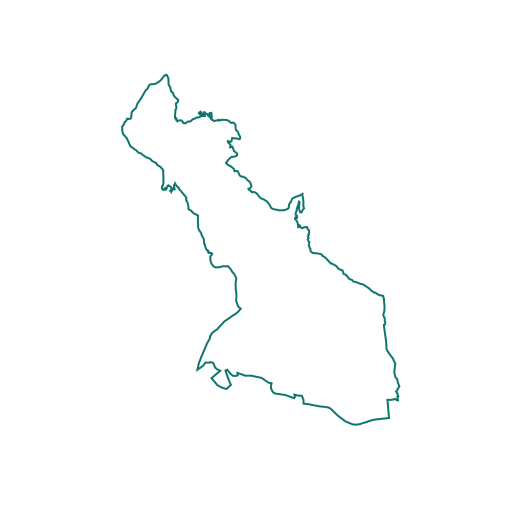 outline of Milcoiu, Vâlcea, Romania, rotated 66°
{"feature_id": "2599482B82610834296964", "entity_name": "Milcoiu", "entity_type": "district", "adm_level": 2, "iso_a3": "ROU", "parent_name": "Romania", "parent_adm1": "Vâlcea", "projection": "natural_earth1", "projection_center": [24.434, 45.034], "detail": "fine", "context": "isolated", "style": "outline", "palette": "teal", "viewbox_px": 512, "rotation_deg": 66, "n_neighbors": 0, "source": "geoboundaries", "source_scale": "gbopen_adm2", "svg_char_len": 6115}
<svg xmlns="http://www.w3.org/2000/svg" viewBox="0 0 512 512"><g transform="rotate(66 256 256)"><path d="M364.5,338.4L365.5,336.9L363.5,331.3L361.4,331.4L354.7,331.1L348.3,330.5L348.1,328.6L353.5,327.1L356.1,325.8L357.4,323.2L357.5,321.2L355.2,320.5L361.0,314.5L363.3,309.2L369.6,300.5L376.5,296.3L377.4,295.4L378.4,293.5L381.1,295.4L383.1,296.1L386.1,296.1L387.5,295.8L389.3,294.6L394.9,285.8L401.4,279.0L400.3,277.5L398.4,277.3L400.7,274.2L402.3,271.0L406.6,271.1L410.2,272.6L412.6,268.6L419.4,258.8L421.6,254.9L423.7,251.7L424.9,250.5L427.8,249.1L434.7,246.4L443.7,241.4L449.1,236.2L450.4,234.1L451.8,230.0L453.3,215.5L458.1,200.4L440.9,194.4L442.2,191.6L443.1,188.5L442.9,187.6L443.1,187.0L444.9,186.1L445.6,185.0L442.0,184.0L442.2,183.2L440.4,182.9L438.4,183.0L438.2,182.7L436.8,183.1L435.9,181.2L434.9,180.6L433.5,178.1L428.6,177.8L425.8,177.0L423.6,177.9L418.7,177.1L410.8,172.5L406.8,172.7L406.0,172.5L398.1,174.3L394.0,174.6L388.3,172.3L371.1,167.3L370.8,165.8L368.6,164.6L367.6,164.8L365.3,163.8L361.7,163.8L358.1,160.9L354.1,159.0L348.6,157.2L347.5,156.6L344.0,156.2L342.1,159.0L339.2,161.3L338.1,161.7L337.4,163.0L335.2,164.4L331.0,166.2L325.5,169.7L324.4,171.4L320.0,175.8L319.3,177.2L316.9,178.1L314.9,180.1L309.7,181.5L308.2,183.2L304.3,182.8L301.6,185.7L297.5,186.9L293.3,190.2L293.3,190.7L285.7,193.3L282.7,195.3L281.1,195.5L279.0,198.2L276.3,203.0L274.4,204.0L272.9,204.1L271.9,203.4L269.9,203.7L268.8,203.3L267.7,203.4L264.9,201.6L264.0,202.0L261.8,202.0L261.1,200.7L260.7,200.5L259.4,200.8L257.8,198.9L257.3,199.1L257.1,198.4L254.1,197.1L252.8,197.7L250.2,197.7L249.4,200.3L249.2,202.9L247.8,203.5L246.2,203.5L245.5,203.9L245.7,204.4L247.0,205.4L246.9,205.7L242.2,204.4L240.0,204.6L238.0,205.3L236.8,204.6L236.7,204.3L237.8,203.3L237.6,202.8L235.7,202.2L234.5,203.0L233.9,202.9L231.7,201.2L231.0,200.2L229.5,199.6L226.8,196.9L223.8,194.6L224.2,194.3L230.4,197.5L233.2,197.8L234.2,197.7L234.6,197.2L234.5,196.4L232.6,194.3L232.1,192.7L229.7,192.5L226.4,190.9L222.7,189.6L220.1,189.1L218.2,188.3L218.5,191.2L218.1,196.0L218.3,199.5L220.5,201.9L222.3,204.7L225.4,206.6L225.7,207.3L225.9,209.5L225.4,212.2L223.6,216.5L221.8,218.7L221.0,220.2L219.2,222.0L218.2,222.6L215.2,222.7L210.7,223.8L207.3,226.0L206.6,227.0L204.1,228.7L199.7,229.7L197.8,230.7L196.1,232.8L196.2,233.8L194.8,234.2L192.3,235.6L191.5,235.6L191.7,233.5L190.2,231.7L187.2,231.4L185.6,231.6L183.6,232.8L180.2,233.8L179.3,234.9L178.2,235.5L178.0,236.3L176.7,237.7L175.4,238.1L171.1,238.2L170.3,239.2L169.9,241.1L167.9,240.8L166.8,241.1L163.5,242.7L161.9,244.2L159.6,245.5L158.6,245.4L158.3,244.4L157.0,242.5L155.7,239.2L155.6,237.8L156.2,236.2L156.6,233.2L156.3,232.5L155.2,231.7L154.7,231.6L151.0,233.4L146.6,233.1L146.3,233.4L146.4,235.1L146.1,235.5L144.7,234.3L143.9,234.1L141.2,235.2L139.7,235.1L139.5,234.7L141.1,233.5L141.4,232.2L141.0,231.6L138.8,230.1L138.5,229.6L139.9,227.8L140.7,225.7L142.4,224.0L142.5,223.2L142.2,222.7L140.3,222.0L137.9,222.3L135.5,222.0L132.4,223.1L127.8,221.4L125.7,221.9L124.7,222.9L124.3,224.6L121.3,226.0L119.6,227.9L117.9,231.2L117.8,232.3L117.3,233.1L117.4,233.7L117.1,234.1L117.3,234.4L116.5,234.8L116.8,235.4L116.3,235.9L115.6,239.6L114.8,239.8L114.0,240.3L113.9,240.7L112.9,240.8L112.3,241.4L110.8,241.3L109.6,242.0L109.6,241.2L110.2,240.2L110.8,239.9L109.4,239.3L108.2,239.3L107.5,238.6L107.0,238.6L106.6,240.4L107.7,241.2L107.4,242.9L106.2,243.0L105.6,244.0L103.9,244.3L103.6,245.1L105.0,245.2L105.5,246.0L103.5,247.6L101.6,248.0L102.0,249.9L102.3,250.2L103.0,249.7L104.0,249.5L104.9,249.6L105.2,250.0L104.9,248.7L105.1,248.1L106.0,247.1L106.8,245.7L107.3,245.8L106.0,248.9L106.1,252.1L105.3,254.0L105.6,256.1L105.3,258.3L106.4,261.0L105.4,264.0L106.2,266.5L104.9,268.4L103.2,268.4L101.8,269.0L101.0,270.5L100.7,272.3L101.0,273.0L99.6,273.5L98.8,272.9L98.3,273.5L97.4,273.0L96.7,273.8L90.0,270.3L88.6,268.6L84.0,267.1L83.5,264.7L81.7,263.6L77.3,265.6L75.7,265.8L73.3,265.5L70.7,266.7L69.8,266.2L68.3,266.2L67.5,265.7L63.8,266.1L58.2,263.8L54.2,263.9L53.9,264.6L54.1,266.9L56.1,270.2L57.3,273.4L57.8,277.9L57.2,280.0L56.3,282.2L56.3,283.3L56.6,284.3L59.0,287.0L59.3,287.5L59.5,289.0L65.5,297.3L68.6,302.4L71.9,305.4L73.5,310.2L74.4,311.3L78.7,313.7L79.3,314.4L79.4,315.8L78.1,317.8L79.8,319.8L80.6,322.0L82.1,323.3L83.4,325.7L88.1,327.5L90.8,327.8L96.1,326.0L98.2,326.3L99.3,325.9L101.5,326.2L105.0,325.9L107.8,324.2L108.8,323.9L110.2,322.7L113.9,321.3L115.7,319.1L117.2,318.6L121.8,315.7L122.5,314.5L125.0,312.8L126.6,312.4L129.3,310.5L130.2,309.4L132.5,309.3L135.7,307.0L139.7,305.9L148.0,309.2L148.6,309.7L151.6,310.7L153.4,312.3L154.2,313.5L155.8,314.3L156.1,314.0L156.8,314.3L157.8,314.0L157.8,313.4L158.1,313.0L157.3,311.8L158.5,311.8L158.8,311.4L158.5,310.7L157.3,310.3L157.5,309.8L156.6,308.4L155.8,308.2L155.9,307.1L158.3,305.7L159.4,305.7L161.3,306.7L161.8,307.3L161.7,307.8L162.9,307.5L162.1,306.9L162.3,306.4L162.1,306.1L161.4,306.2L160.6,305.6L161.2,304.7L160.5,303.9L162.0,303.4L161.9,303.1L158.6,302.5L157.9,302.0L157.6,301.1L156.8,300.4L160.1,300.0L161.9,298.8L162.9,299.1L173.8,296.0L175.0,296.1L175.0,296.3L176.7,297.1L178.0,296.8L181.6,297.2L183.7,297.7L185.2,298.6L185.8,298.6L188.7,296.5L189.8,296.4L191.7,295.6L195.4,292.5L200.8,295.1L204.4,296.3L205.2,297.0L208.6,297.5L213.0,296.8L215.1,297.2L219.4,296.8L223.8,298.4L224.9,298.0L225.7,298.4L229.9,298.7L230.4,298.6L230.7,297.9L231.5,297.7L232.8,298.1L232.9,297.4L233.7,297.3L234.1,297.6L235.1,295.5L236.0,295.2L236.7,295.7L237.2,296.9L238.4,298.3L241.8,299.5L244.9,299.8L248.3,299.0L250.2,297.3L251.5,293.3L252.0,289.9L253.2,287.9L253.7,285.9L257.4,284.6L261.5,284.0L263.2,283.3L267.6,283.0L268.6,283.2L273.6,286.3L275.5,286.8L277.1,287.7L283.0,289.4L288.8,292.3L291.6,292.7L295.3,292.7L297.9,291.4L299.6,294.9L300.6,298.1L301.1,302.1L303.0,311.9L304.2,314.2L306.2,319.4L307.2,321.1L307.9,325.5L308.9,328.1L310.4,329.9L310.5,330.5L312.2,331.5L313.3,332.6L315.8,336.1L326.3,347.4L330.6,351.7L336.0,355.8L335.4,351.9L334.4,348.2L332.8,345.6L334.2,342.5L334.9,339.9L336.3,338.6L340.8,338.7L343.1,338.0L346.3,335.4L349.5,346.3L358.3,343.8L361.5,341.4L364.5,338.4Z" fill="none" stroke="#0f766e" stroke-width="2"/></g></svg>